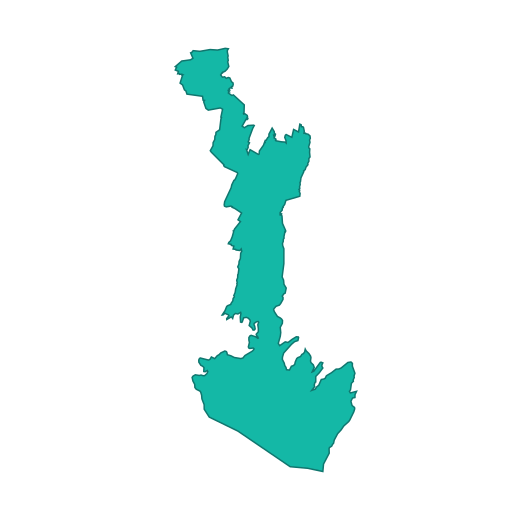 San Salvador el Verde, Puebla, Mexico (Albers equal-area conic projection), rotated 298°
{"feature_id": "50627088B235557174424", "entity_name": "San Salvador el Verde", "entity_type": "district", "adm_level": 2, "iso_a3": "MEX", "parent_name": "Mexico", "parent_adm1": "Puebla", "projection": "albers", "projection_center": [-98.525, 19.258], "detail": "fine", "context": "isolated", "style": "filled", "palette": "teal", "viewbox_px": 512, "rotation_deg": 298, "n_neighbors": 0, "source": "geoboundaries", "source_scale": "gbopen_adm2", "svg_char_len": 6160}
<svg xmlns="http://www.w3.org/2000/svg" viewBox="0 0 512 512"><g transform="rotate(298 256 256)"><path d="M97.1,416.2L104.0,413.3L116.3,413.2L120.3,410.9L121.4,410.8L123.6,412.1L125.6,412.0L127.0,412.4L130.2,411.5L137.5,411.5L142.4,412.8L147.1,413.3L153.4,415.6L155.2,415.8L164.3,415.5L167.4,414.9L168.5,414.1L169.1,411.0L172.3,408.0L175.9,407.9L177.5,409.8L180.1,408.5L183.7,408.3L179.4,403.6L180.4,402.0L182.1,402.3L188.4,400.0L191.1,400.8L192.1,400.0L194.8,399.8L196.1,398.9L198.9,398.4L204.0,392.8L206.5,391.5L207.0,389.6L205.1,387.1L197.2,383.8L195.1,382.2L193.7,379.8L188.5,377.5L183.3,374.4L180.5,374.5L179.2,373.6L177.6,371.6L171.4,372.1L168.5,370.9L166.3,370.9L163.5,368.3L168.2,369.1L169.3,368.0L172.1,367.4L172.8,367.9L177.7,365.3L182.6,366.7L188.5,367.6L189.4,366.1L190.7,365.3L193.0,365.2L192.8,363.3L192.2,362.7L181.3,361.1L180.0,360.0L185.0,359.7L186.8,357.7L187.7,354.5L188.9,353.4L192.1,352.2L193.3,351.1L194.7,348.6L195.8,344.8L196.9,343.2L193.9,344.0L192.0,343.6L190.6,342.7L188.1,342.5L186.0,340.7L184.6,340.1L180.9,340.4L178.4,341.1L176.6,340.3L175.3,339.0L171.0,339.1L169.9,336.3L171.7,334.8L172.8,332.8L174.6,331.3L177.1,327.8L179.3,326.8L183.4,326.0L194.7,328.8L198.5,330.3L201.0,332.7L204.0,331.9L204.4,331.4L203.6,329.5L199.4,327.0L194.7,324.9L193.9,322.1L188.0,319.0L189.3,316.7L196.6,315.1L200.0,313.8L204.4,310.9L208.9,310.9L211.5,309.7L212.3,308.3L212.7,306.6L212.7,303.3L215.3,298.6L216.8,296.8L217.9,296.6L221.0,297.3L223.6,299.7L225.6,300.1L230.3,300.2L232.0,299.4L232.9,298.0L235.8,298.4L236.9,299.2L241.9,297.7L244.1,294.0L247.6,291.7L249.8,288.9L262.3,284.2L275.5,277.2L277.6,274.8L279.5,273.5L281.7,273.2L283.5,272.3L285.0,272.4L285.9,271.7L290.8,270.2L290.7,270.6L291.4,270.7L292.3,270.3L297.2,264.1L303.3,260.3L304.0,259.6L303.7,258.5L305.2,258.8L305.2,257.8L304.6,257.5L305.8,256.9L308.8,257.6L310.6,256.8L311.7,257.2L312.1,256.7L315.0,257.1L319.2,256.3L329.3,266.6L331.9,265.6L333.3,263.9L334.2,263.9L335.0,262.6L335.9,263.1L337.7,261.9L339.8,261.5L341.6,260.3L342.4,260.4L346.1,259.0L353.0,258.6L353.6,258.1L355.4,258.9L357.8,258.4L361.0,259.0L362.0,258.2L364.6,258.2L366.8,256.9L368.8,257.2L372.7,254.6L375.9,253.2L376.3,251.9L377.3,251.2L381.7,250.3L383.6,248.8L385.4,248.7L387.4,247.3L388.0,244.8L387.3,242.5L387.7,242.1L386.9,240.8L388.9,240.0L391.9,237.5L392.1,236.6L391.5,235.5L393.1,234.2L393.0,232.8L385.5,235.3L385.4,229.8L377.6,231.9L377.4,225.6L376.3,225.2L374.2,225.7L371.9,228.4L369.9,229.6L370.2,228.1L368.7,224.7L367.1,219.5L367.2,219.0L368.5,218.8L368.8,216.5L370.7,216.4L370.3,215.5L371.1,214.7L372.1,216.1L372.7,216.0L373.0,214.6L374.4,213.7L376.5,210.2L369.7,210.2L367.4,211.4L366.2,210.8L362.9,210.6L362.5,209.9L360.9,210.1L360.4,210.8L359.8,210.2L357.4,210.6L350.3,209.7L347.6,210.9L346.8,210.4L347.1,200.9L342.0,201.4L345.4,197.7L345.4,198.2L346.9,198.2L348.5,198.0L349.5,197.1L352.9,197.1L353.1,195.5L355.5,195.3L356.7,194.6L367.2,193.2L370.4,193.2L370.4,192.5L367.5,187.7L363.8,185.5L364.2,182.8L372.0,183.0L372.2,184.0L373.4,184.4L373.9,184.0L373.7,183.1L375.2,183.0L376.0,182.2L376.4,179.0L375.6,178.6L375.8,178.1L377.4,177.9L383.9,174.7L387.6,160.4L386.4,159.3L386.9,155.1L387.8,154.9L388.4,155.5L388.9,153.8L389.5,153.7L390.1,154.9L391.2,153.7L392.4,154.4L392.9,155.9L394.1,154.8L394.8,155.7L396.6,155.4L398.0,154.5L398.4,152.5L400.9,149.3L400.6,147.7L398.9,146.3L399.5,144.2L398.1,142.4L399.3,139.8L402.3,140.1L402.2,140.5L402.7,140.5L404.5,141.9L407.4,142.8L410.6,143.0L414.2,139.8L415.6,139.7L418.3,137.7L419.5,137.5L422.8,134.8L424.2,134.2L426.0,134.3L424.9,131.3L419.8,125.4L416.7,118.5L410.4,110.4L407.8,104.1L405.6,103.7L404.7,102.9L401.0,107.5L398.5,106.1L393.3,98.9L385.3,95.8L385.4,97.3L382.3,97.4L382.6,100.8L380.1,101.3L381.0,102.7L380.5,103.2L381.7,105.1L381.7,106.0L380.8,105.0L381.1,106.3L373.0,107.8L372.6,110.8L369.1,114.8L368.8,116.7L366.5,119.0L371.9,133.8L368.7,136.1L369.2,137.5L367.6,137.4L362.8,142.5L362.4,145.4L370.0,155.0L369.9,157.6L362.1,159.8L362.1,160.5L360.5,160.7L350.4,164.6L346.4,162.6L344.2,163.6L342.5,163.5L339.5,164.9L336.0,164.9L333.1,166.3L327.5,166.2L326.7,167.8L321.4,185.0L320.6,185.1L320.1,186.3L320.9,200.3L320.1,201.2L315.1,201.6L312.8,201.5L312.4,201.0L307.4,201.2L304.6,202.0L289.3,202.8L286.2,203.9L285.2,204.8L285.4,206.7L288.3,210.4L288.4,212.0L287.8,212.0L288.0,215.1L287.2,223.1L279.5,223.1L279.1,226.1L269.8,224.4L267.5,224.6L267.4,224.3L266.7,224.9L261.8,226.0L257.4,226.4L255.2,225.6L253.8,225.8L254.6,228.7L253.8,229.3L254.3,231.8L251.4,232.5L252.3,235.0L251.9,235.5L253.3,239.2L255.3,239.6L253.5,241.2L251.2,241.2L246.4,243.4L243.3,243.6L240.8,244.7L237.8,245.0L236.6,246.9L231.8,248.7L230.8,248.7L228.2,250.0L225.6,250.3L223.5,252.0L222.7,252.0L221.8,252.8L217.4,253.5L214.0,254.7L210.6,255.0L210.3,255.7L209.5,256.1L207.9,255.7L205.4,256.6L202.4,256.2L201.4,256.5L199.0,254.4L197.7,253.8L193.2,254.3L188.0,253.8L188.4,254.5L190.8,255.5L191.1,259.4L190.5,260.1L187.0,259.5L186.2,260.0L190.4,262.6L190.6,263.1L189.9,264.7L193.3,263.9L195.6,264.8L196.3,267.2L199.0,268.9L198.1,269.7L194.8,270.7L190.4,273.4L190.7,274.6L191.4,274.8L195.6,274.1L197.3,276.3L197.5,278.2L196.8,280.5L195.7,281.6L191.4,282.6L190.5,286.3L189.2,288.2L189.9,289.3L191.2,289.5L193.4,287.8L194.4,286.5L195.6,286.0L198.3,287.4L199.2,288.7L198.7,289.5L196.1,289.9L193.1,292.1L190.2,293.6L187.0,292.9L186.1,293.8L185.6,295.3L184.6,296.5L184.2,296.2L184.5,293.6L183.7,289.0L182.8,288.2L180.7,288.0L178.4,289.2L176.5,290.8L172.2,291.9L171.4,292.7L171.4,293.8L173.4,296.7L173.3,297.6L172.5,298.0L170.4,297.5L163.0,293.0L159.7,292.3L158.3,290.7L156.2,284.5L156.1,280.6L155.4,277.1L157.3,275.4L157.7,274.7L157.5,273.1L153.9,270.4L151.5,269.7L149.8,268.6L146.0,267.7L145.9,264.0L143.2,263.9L141.8,262.9L139.8,254.7L139.0,254.2L137.3,254.3L135.4,255.4L133.6,258.6L133.6,260.8L133.1,262.4L129.5,264.1L129.9,265.4L132.0,266.7L131.3,267.7L129.1,267.9L126.2,266.8L125.5,265.6L125.1,263.4L123.9,262.0L122.6,258.2L120.4,256.8L118.8,256.6L116.0,259.0L113.9,262.1L111.2,263.8L110.3,265.8L110.4,269.9L109.9,271.0L107.6,273.3L104.5,275.3L100.4,280.0L96.4,282.2L91.8,290.4L92.9,322.2L86.0,385.1L92.8,401.2L97.1,416.2Z" fill="#14b8a6" stroke="#0f766e" stroke-width="1.5"/></g></svg>